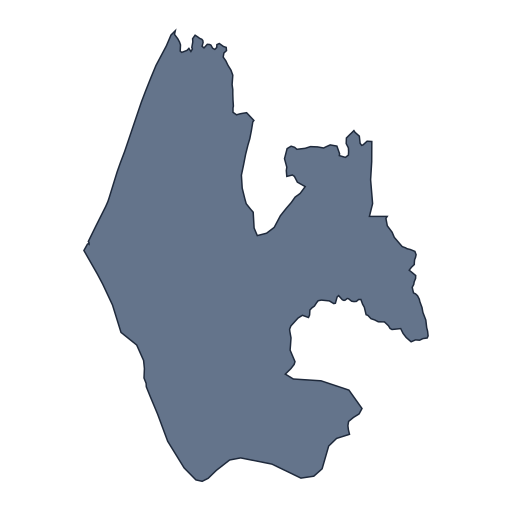 outline of Warri North, Nigeria
{"feature_id": "59680162B93651715341205", "entity_name": "Warri North", "entity_type": "district", "adm_level": 2, "iso_a3": "NGA", "parent_name": "Nigeria", "parent_adm1": "", "projection": "equal_earth", "projection_center": [5.321, 5.881], "detail": "fine", "context": "isolated", "style": "filled", "palette": "slate", "viewbox_px": 512, "rotation_deg": 0, "n_neighbors": 0, "source": "geoboundaries", "source_scale": "gbopen_adm2", "svg_char_len": 3208}
<svg xmlns="http://www.w3.org/2000/svg" viewBox="0 0 512 512"><path d="M83.9,250.5L97.4,274.1L102.7,284.1L112.5,305.0L121.0,332.4L136.7,345.0L143.6,360.5L144.4,368.6L144.0,378.0L146.1,383.3L146.2,384.6L146.3,386.8L150.3,396.7L157.6,414.1L167.7,441.3L184.1,467.9L195.9,479.9L202.2,481.3L208.2,478.3L216.3,470.4L229.6,460.0L240.6,457.9L271.9,464.1L300.9,478.1L313.8,476.2L322.1,468.8L328.7,446.0L336.6,438.4L349.5,434.3L348.4,429.8L347.9,425.7L348.6,421.4L353.5,417.4L359.1,413.9L362.0,408.5L348.9,390.1L321.0,380.8L293.3,379.0L285.3,374.1L290.9,368.6L294.1,364.5L295.0,361.7L290.1,350.1L290.5,345.2L291.0,337.9L289.8,331.3L289.6,329.2L290.9,325.9L298.1,318.0L302.4,315.3L308.5,317.5L309.6,315.0L309.9,310.0L312.0,307.8L314.4,306.1L316.6,302.7L318.2,300.7L321.4,300.1L329.3,300.9L333.8,303.6L335.4,303.2L337.1,297.0L338.6,295.6L342.3,299.7L343.5,300.3L344.9,300.3L347.2,298.5L348.5,298.7L351.6,301.2L354.0,301.6L356.4,301.4L358.6,299.5L360.9,299.5L362.6,304.2L364.3,307.2L366.1,314.7L367.9,315.4L371.0,318.7L374.6,319.9L378.3,321.8L384.4,321.9L388.5,325.8L390.1,328.5L392.0,329.5L400.7,328.6L403.1,333.5L406.2,337.5L411.1,341.8L415.5,339.9L419.6,340.2L422.9,338.6L427.2,338.0L428.1,335.9L427.6,331.2L426.7,327.7L425.8,320.0L422.9,312.4L422.0,307.5L419.8,301.5L419.3,299.2L417.5,295.7L415.6,293.9L413.5,292.9L412.2,287.3L413.7,284.6L414.2,281.8L415.6,278.4L415.7,275.5L409.2,270.2L411.4,267.3L414.3,264.5L414.3,263.1L414.6,259.7L415.5,257.5L416.1,254.7L414.9,251.4L410.3,249.5L407.0,248.7L405.5,247.8L402.2,246.6L394.3,237.4L392.1,232.2L387.3,225.8L385.9,218.4L387.2,216.4L369.4,216.4L372.6,203.6L370.6,179.7L371.7,161.7L371.8,141.5L367.1,141.2L363.0,144.9L361.7,145.4L360.1,143.3L359.9,141.4L359.3,136.1L355.0,132.3L353.9,130.6L351.9,132.6L349.8,134.6L346.4,138.0L346.2,143.6L348.4,147.9L348.6,151.8L348.4,155.1L345.4,157.4L339.3,155.6L339.6,153.8L336.9,146.1L330.2,144.9L325.8,146.9L323.6,148.0L317.6,146.9L310.5,146.6L305.2,148.3L296.9,149.3L294.6,147.3L291.1,146.2L287.1,148.6L284.5,158.7L286.8,167.2L286.3,170.6L286.8,176.4L292.4,175.0L294.4,176.4L297.4,182.2L305.2,186.6L300.2,193.4L295.1,197.1L291.3,202.5L286.3,208.3L280.4,215.7L274.2,227.4L266.6,233.2L257.3,235.6L255.3,230.9L254.1,228.0L253.2,212.2L250.5,209.1L246.2,203.7L244.7,198.3L242.2,188.1L241.4,175.2L243.6,164.7L245.6,154.4L247.9,145.2L249.8,138.7L251.4,130.5L252.8,121.9L253.9,120.5L246.6,112.7L242.2,113.4L240.1,113.8L236.5,114.8L233.0,112.3L233.0,107.8L233.4,106.1L233.0,100.2L232.8,94.0L232.8,89.6L232.1,84.6L232.8,75.2L231.0,70.2L227.9,65.2L225.8,60.8L223.2,57.1L223.9,53.0L226.5,50.6L226.2,47.4L223.5,46.5L219.3,43.5L216.9,44.6L216.7,47.5L214.8,49.4L212.6,48.2L210.9,45.1L209.6,44.5L207.3,44.3L204.0,47.9L202.1,46.3L203.1,42.4L202.8,40.5L201.7,39.2L199.7,38.4L198.0,37.1L195.1,35.2L192.6,38.7L192.8,41.9L191.8,47.4L192.4,49.0L190.9,51.5L188.9,48.4L187.0,50.4L181.7,52.4L180.2,51.1L180.5,44.9L179.5,42.0L177.8,38.8L174.5,34.4L175.3,30.7L171.0,35.0L166.4,45.8L156.0,65.4L150.8,77.9L145.7,90.7L141.4,102.0L133.7,124.7L128.1,141.3L124.6,151.6L120.4,162.7L117.2,171.7L109.1,197.9L107.9,201.5L105.7,206.5L95.8,226.2L88.3,241.5L89.0,242.6L89.0,244.1L88.4,243.6L87.4,244.2L83.9,250.5Z" fill="#64748b" stroke="#1e293b" stroke-width="1.5"/></svg>